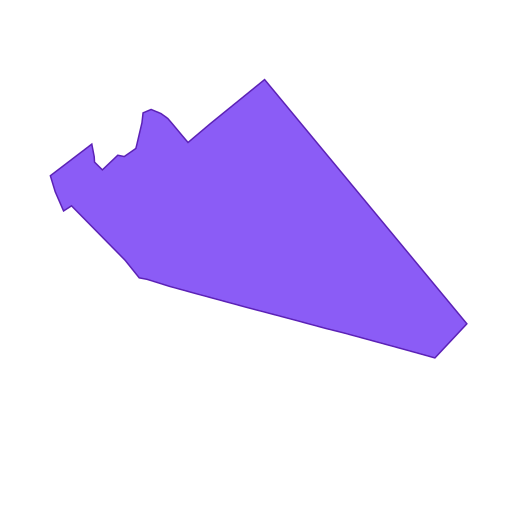 outline of Zoueratt, Tiris Zemmour, Mauritania, rotated 51°
{"feature_id": "47542326B94085620874331", "entity_name": "Zoueratt", "entity_type": "district", "adm_level": 2, "iso_a3": "MRT", "parent_name": "Mauritania", "parent_adm1": "Tiris Zemmour", "projection": "orthographic", "projection_center": [-11.264, 23.151], "detail": "fine", "context": "isolated", "style": "filled", "palette": "violet", "viewbox_px": 512, "rotation_deg": 51, "n_neighbors": 0, "source": "geoboundaries", "source_scale": "gbopen_adm2", "svg_char_len": 596}
<svg xmlns="http://www.w3.org/2000/svg" viewBox="0 0 512 512"><g transform="rotate(51 256 256)"><path d="M99.9,377.2L100.9,367.8L176.9,360.4L199.5,360.5L205.5,355.4L225.2,342.3L247.1,326.6L289.9,295.7L298.9,289.1L323.0,271.4L356.3,247.3L370.2,236.8L420.6,200.5L447.8,181.1L441.4,134.8L124.3,138.3L124.4,208.4L125.0,237.4L115.9,237.6L101.4,237.8L93.6,238.0L85.5,240.2L76.1,245.3L73.7,253.7L80.7,260.8L94.8,279.0L96.8,281.7L96.2,290.3L95.8,295.8L90.7,300.0L92.4,321.2L81.4,322.4L77.1,319.3L65.7,313.2L64.2,365.3L79.7,371.6L99.9,377.2Z" fill="#8b5cf6" stroke="#5b21b6" stroke-width="1.5"/></g></svg>